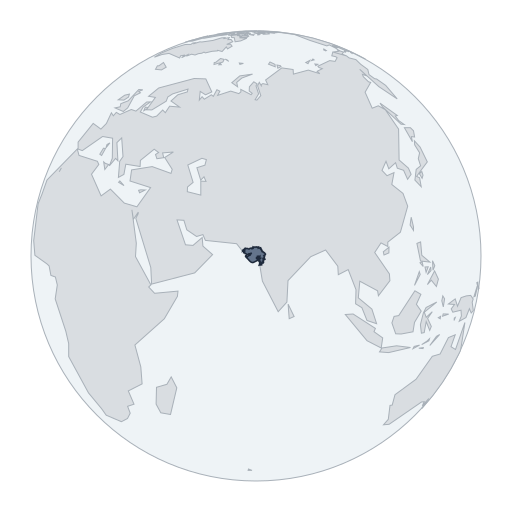 Gujarat on an orthographic globe
{"feature_id": "IND-3264", "entity_name": "Gujarat", "entity_type": "state/province", "adm_level": 1, "iso_a3": "IND", "parent_name": "India", "parent_adm1": "", "projection": "orthographic", "projection_center": [71.839, 22.391], "detail": "fine", "context": "on_globe", "style": "filled", "palette": "slate", "viewbox_px": 512, "rotation_deg": 0, "n_neighbors": 0, "source": "natural_earth", "source_scale": "10m", "svg_char_len": 15022}
<svg xmlns="http://www.w3.org/2000/svg" viewBox="0 0 512 512"><circle cx="256" cy="256" r="225" fill="#eef3f6" stroke="#a8b0b8"/><path d="M330.9,43.5L329.1,42.9L336.3,45.5L347.9,50.3L343.6,48.5L350.5,51.7L347.6,50.6L349.2,51.8L345.1,50.4L335.1,46.1L332.2,45.4L337.3,47.8L336.3,48.5L329.3,44.9L326.9,45.9L309.9,40.4L294.5,34.5L281.7,32.7L258.4,30.7L276.9,31.7L295.2,34.2L313.2,38.1L330.9,43.5ZM359.5,55.9L365.5,59.1L348.1,50.4L359.5,55.9ZM256.9,30.7L256.0,30.8L246.0,30.9L241.0,31.3L237.9,31.5L236.6,31.7L240.5,31.5L241.2,31.7L238.6,32.1L234.1,32.2L234.8,32.0L232.1,32.3L231.0,32.2L230.1,32.5L225.0,32.9L226.2,33.2L218.9,34.1L216.5,34.3L221.9,33.3L222.5,33.2L239.6,31.3L256.9,30.7ZM350.2,52.2L352.3,53.2L352.2,53.5L350.2,52.2ZM345.8,51.8L345.1,52.3L344.1,50.9L345.8,51.8ZM343.6,52.1L342.0,54.0L346.5,55.9L332.8,52.0L338.7,51.3L336.8,49.2L340.4,51.1L343.6,52.1ZM242.8,31.4L238.6,31.5L244.5,31.2L242.8,31.4ZM246.4,31.1L263.4,30.9L268.3,31.3L261.6,31.1L269.9,31.8L263.9,32.0L258.0,31.7L256.0,31.3L255.3,31.8L246.4,31.1ZM325.5,49.8L323.7,49.9L323.7,49.0L325.5,49.8ZM241.9,31.8L244.9,31.5L249.4,31.8L244.2,32.4L244.4,32.1L241.9,31.8ZM275.0,32.0L277.4,32.6L273.2,32.9L273.6,33.2L264.2,32.1L275.0,32.0ZM242.1,32.3L241.5,32.8L237.0,33.2L239.3,32.2L242.1,32.3ZM252.8,31.7L254.6,31.9L251.9,31.9L252.8,31.7ZM220.8,35.5L224.3,34.7L227.0,34.7L220.8,35.5ZM241.5,33.1L243.1,33.0L244.5,33.0L243.1,33.5L241.5,33.1ZM261.9,32.6L259.7,32.7L265.5,33.0L262.6,33.6L256.9,32.8L258.2,33.4L257.3,33.6L253.6,32.9L261.9,32.6ZM246.1,34.2L237.8,34.1L230.7,35.3L228.2,35.2L240.0,33.4L246.1,34.2ZM250.8,33.4L247.3,33.8L245.9,33.3L247.5,32.8L250.8,33.4ZM262.7,34.3L268.7,33.6L269.7,33.9L262.7,34.3ZM244.3,34.6L246.4,34.7L244.0,34.7L244.3,34.6ZM257.4,34.4L259.3,34.1L260.5,34.3L257.4,34.4ZM248.8,35.3L246.1,35.1L247.1,34.6L248.8,35.3ZM253.0,35.0L254.1,35.4L249.0,34.5L253.6,34.7L253.0,35.0ZM258.1,34.7L259.5,34.8L257.2,34.9L258.1,34.7ZM246.7,37.6L240.2,36.6L242.3,35.4L248.4,36.4L246.7,37.6ZM33.7,240.7L38.1,203.8L42.0,194.1L47.0,180.0L77.3,149.0L79.0,155.4L97.4,161.3L98.8,164.5L91.5,174.2L101.1,195.9L110.4,189.1L124.3,203.1L136.9,206.8L150.6,187.6L130.0,181.0L131.6,169.9L152.2,166.6L171.0,173.4L172.2,169.3L164.7,157.5L173.4,152.0L162.6,152.9L163.7,157.7L156.9,158.7L155.5,154.5L158.6,152.5L154.2,149.2L140.4,160.4L140.1,166.5L125.8,164.2L123.9,174.4L118.4,177.4L119.7,161.3L123.0,156.6L121.7,137.9L116.9,142.6L117.9,160.8L115.6,158.4L109.3,165.9L112.3,158.3L112.6,138.2L102.6,136.5L82.3,150.6L78.1,149.1L78.1,142.1L93.2,123.4L100.9,129.1L106.4,123.5L111.4,112.8L113.3,115.8L116.3,112.4L119.9,114.5L131.3,109.5L135.9,111.1L146.7,102.0L150.5,101.9L143.1,107.1L140.3,112.0L152.5,117.2L156.7,116.1L162.7,110.0L165.3,112.7L169.6,106.2L179.6,107.1L171.0,101.0L177.8,94.8L187.3,91.9L188.0,89.1L172.6,93.9L167.8,97.0L166.2,101.2L151.9,109.9L146.4,109.8L155.4,97.4L148.6,96.3L158.7,88.0L194.2,78.5L205.8,78.9L211.8,91.9L205.5,94.8L200.2,91.4L199.3,100.1L202.1,96.7L204.3,99.2L211.4,94.8L213.3,96.4L216.9,89.7L219.9,91.2L217.6,95.4L230.7,91.1L238.8,93.6L240.9,91.9L240.8,89.4L251.1,94.7L252.2,93.3L249.2,91.0L249.4,86.8L253.8,81.8L257.1,83.9L256.0,85.9L258.6,93.9L255.1,99.7L256.9,100.1L260.8,95.6L257.6,85.8L259.3,82.3L261.7,86.5L261.0,84.7L262.9,83.6L267.8,84.7L265.6,80.0L281.8,67.9L293.1,69.5L293.4,74.1L308.3,70.1L319.8,73.7L317.1,71.3L322.3,68.7L318.8,67.4L317.9,66.2L329.7,60.6L335.1,61.4L337.1,57.7L335.7,56.7L331.8,55.8L332.8,52.0L346.5,55.9L349.1,57.9L355.9,59.6L360.7,64.3L367.8,69.5L369.0,74.6L374.6,78.7L376.6,79.0L385.7,85.4L397.2,98.9L378.8,86.6L359.7,69.3L366.7,75.9L362.4,74.3L363.3,76.7L368.5,81.8L370.7,82.4L365.1,92.2L372.2,108.2L378.3,105.8L385.3,109.7L398.6,129.1L399.1,160.0L408.4,168.1L411.1,174.3L407.6,179.3L403.6,170.3L397.3,168.2L395.6,162.7L388.8,168.8L386.0,161.3L382.0,170.4L387.0,175.7L394.0,172.6L391.8,184.5L403.0,193.4L407.7,206.2L400.4,232.2L387.8,242.1L387.8,246.5L381.0,242.9L374.7,252.5L389.4,273.9L389.9,280.7L378.4,295.8L377.6,290.8L359.8,281.2L358.3,297.8L371.9,309.1L376.6,323.7L367.0,320.5L361.9,307.7L355.6,303.8L356.0,289.7L348.2,269.6L338.3,274.7L337.8,266.2L325.6,250.0L310.7,256.7L288.0,280.6L286.9,302.1L278.2,311.7L262.4,281.1L258.9,260.1L251.0,261.9L236.6,243.7L205.4,240.4L202.9,234.6L196.6,236.5L186.8,229.8L183.9,220.3L177.0,219.9L185.5,244.8L193.0,245.4L202.2,237.5L202.9,246.1L212.6,254.6L194.7,272.9L151.6,284.1L150.8,267.6L135.8,218.3L138.2,213.7L138.2,213.1L138.3,212.1L133.4,219.3L131.9,209.8L136.3,243.2L135.5,256.6L150.9,284.9L148.7,287.0L154.6,293.3L178.0,291.1L177.4,296.4L164.3,318.8L134.9,345.0L140.8,366.9L142.1,383.9L128.3,390.9L134.0,404.2L127.6,406.3L130.2,413.2L127.5,418.5L121.4,421.7L106.2,415.2L101.6,408.7L88.5,392.9L68.7,356.6L68.7,343.7L65.8,331.2L55.2,298.9L57.3,285.0L55.4,277.0L50.9,275.4L49.1,265.9L46.7,263.7L34.9,255.3L33.7,240.7ZM61.4,167.9L59.2,171.8L61.4,167.9ZM187.3,191.7L200.8,195.1L200.8,181.1L206.0,181.4L204.0,176.8L200.7,180.1L196.9,167.7L204.9,165.2L206.4,159.6L201.9,158.3L187.8,165.0L193.1,182.4L187.5,187.0L187.3,191.7ZM129.4,94.1L128.5,97.1L123.9,100.1L118.2,99.8L124.7,95.2L129.4,94.1ZM128.2,100.8L138.8,89.5L142.8,89.8L138.8,91.4L140.4,92.8L134.3,95.8L127.7,107.9L123.3,111.5L115.0,107.9L120.2,106.8L120.8,103.7L128.2,100.8ZM158.9,65.8L163.5,62.5L166.2,67.2L161.5,69.9L155.5,69.3L157.4,65.8L158.9,65.8ZM209.0,36.0L210.6,35.6L211.9,35.4L211.5,35.6L209.0,36.0ZM208.0,35.9L203.4,37.0L205.5,36.9L207.9,36.5L218.7,34.6L230.8,32.6L234.8,32.7L234.4,33.4L232.1,33.8L230.2,33.5L228.5,34.4L224.1,34.4L222.3,35.1L203.3,38.4L204.2,37.8L192.0,41.2L189.6,41.2L197.5,38.9L186.6,41.9L192.8,39.8L185.1,42.2L203.1,37.0L207.8,35.9L208.0,35.9ZM227.5,48.9L226.3,46.9L222.1,51.5L217.6,50.3L217.4,50.9L212.1,51.3L205.3,52.9L204.0,52.1L201.9,53.2L198.3,53.7L195.0,55.0L191.6,54.2L187.3,55.8L188.1,54.5L181.6,57.7L184.9,55.0L180.6,55.8L179.6,58.0L169.0,53.4L162.0,54.5L154.4,57.2L161.1,53.1L172.5,48.4L185.2,44.5L190.9,44.4L192.9,43.0L196.3,42.6L193.3,43.9L199.9,41.8L201.8,42.0L213.1,40.4L221.4,37.9L225.7,37.6L223.4,38.7L229.3,37.6L228.0,39.6L231.1,39.5L232.8,41.7L226.7,44.4L230.6,44.2L232.1,46.2L227.5,48.9ZM246.9,38.2L240.7,40.9L235.1,41.8L234.3,37.7L231.7,37.5L231.1,35.6L239.1,34.5L238.6,35.0L239.9,35.4L236.9,35.6L240.3,35.7L239.7,36.7L242.2,37.2L239.5,37.8L246.9,38.2ZM103.7,161.9L105.4,163.4L108.7,164.5L104.8,169.5L103.7,161.9ZM103.5,148.2L105.5,148.5L101.6,155.5L99.8,154.2L103.5,148.2ZM109.9,142.9L105.9,147.9L107.0,144.5L109.9,142.9ZM145.3,107.2L147.8,107.4L146.8,109.0L143.8,110.7L145.3,107.2ZM214.0,64.5L214.2,62.6L215.8,62.3L220.5,58.5L224.2,59.4L222.8,62.1L214.0,64.5ZM145.2,190.0L139.6,192.8L138.6,190.3L140.7,189.8L145.2,190.0ZM119.8,180.9L124.0,185.6L118.6,182.3L119.8,180.9ZM218.8,64.8L220.3,63.1L221.3,64.7L218.8,64.8ZM227.1,59.9L228.8,61.4L225.2,59.1L227.1,59.9ZM248.5,469.0L252.0,470.4L248.1,470.4L248.5,469.0ZM176.8,387.8L170.5,414.5L160.8,412.8L156.1,404.1L156.5,387.3L166.9,384.3L171.2,376.9L176.8,387.8ZM418.8,348.2L423.3,347.6L423.0,348.6L418.8,348.2ZM414.2,346.4L419.6,345.1L413.0,348.7L414.2,346.4ZM421.7,344.6L427.1,341.0L429.5,338.7L428.9,340.8L421.7,344.6ZM410.5,347.5L388.6,352.6L379.5,351.9L382.0,348.0L396.6,345.8L410.5,347.5ZM381.2,348.0L367.0,340.7L345.3,314.5L353.1,314.0L375.4,328.4L374.0,331.7L382.7,337.9L381.2,348.0ZM414.5,322.4L413.0,331.8L401.2,334.0L395.7,333.8L391.9,322.9L394.1,316.4L398.7,315.6L414.9,290.8L420.9,294.3L416.4,304.3L421.2,311.1L414.5,322.4ZM288.1,304.1L294.1,316.5L289.2,318.7L288.1,304.1ZM420.2,274.5L414.5,285.4L419.3,271.6L420.2,274.5ZM422.2,262.0L423.2,266.5L420.0,262.8L422.2,262.0ZM388.9,252.9L384.0,255.0L383.3,251.8L389.0,247.2L388.9,252.9ZM411.2,217.2L413.5,226.9L413.5,230.4L410.1,225.1L411.2,217.2ZM252.6,74.1L241.9,78.0L236.7,82.4L237.6,86.8L231.8,82.7L239.8,75.9L252.6,74.1ZM277.8,68.2L277.0,65.0L280.4,65.7L281.0,66.6L277.8,68.2ZM275.2,66.8L268.5,64.2L270.0,62.0L275.0,64.4L275.2,66.8ZM243.4,63.4L239.9,64.4L239.3,63.0L243.4,63.4ZM422.4,407.9L421.5,408.7L426.3,402.0L422.7,405.9L428.8,398.5L422.3,405.8L424.2,401.7L421.5,402.0L389.1,424.3L383.5,424.8L388.3,419.3L390.0,405.4L392.2,405.1L395.0,394.7L416.1,379.2L432.3,356.3L440.1,354.0L448.4,337.6L455.2,334.8L451.0,346.7L455.5,349.5L464.9,322.5L461.4,345.3L460.4,350.7L458.7,354.2L451.1,368.6L442.5,382.4L432.9,395.5L422.4,407.9ZM429.8,345.5L436.5,336.3L439.7,334.5L429.8,345.5ZM478.9,288.7L478.9,288.3L479.0,287.7L479.0,288.2L478.9,288.7ZM478.8,289.0L478.7,288.5L478.8,287.8L478.8,289.0ZM472.2,302.2L473.3,310.6L471.2,313.0L469.4,308.7L465.9,317.6L459.2,321.3L461.4,316.0L461.0,310.2L452.8,312.2L451.2,308.9L454.5,304.5L448.4,304.0L455.2,298.9L457.5,306.3L461.1,297.6L466.3,295.9L470.7,295.4L473.2,299.0L472.2,302.2ZM454.3,318.0L455.3,317.4L454.1,320.5L454.3,318.0ZM478.5,285.6L478.7,288.4L478.5,289.6L478.3,289.6L478.5,285.6ZM473.9,296.8L477.1,286.4L477.6,285.8L475.3,296.1L473.9,296.8ZM476.8,282.6L477.8,282.1L478.0,285.3L477.7,286.7L476.8,282.6ZM440.6,316.3L440.2,318.8L438.3,317.7L440.6,316.3ZM443.2,313.9L448.7,314.1L442.6,316.2L443.2,313.9ZM424.3,312.2L426.2,317.3L432.3,311.7L427.6,318.4L431.3,326.4L429.7,330.4L426.2,321.6L424.2,332.6L421.4,333.2L420.4,324.7L423.4,312.9L426.1,307.5L436.8,302.0L424.3,312.2ZM443.3,306.9L441.8,300.8L442.8,295.9L444.6,298.8L443.3,306.9ZM436.4,286.5L431.3,280.2L427.4,284.6L434.6,270.9L438.4,279.1L436.4,286.5ZM431.0,270.6L427.4,274.6L430.7,267.0L431.0,270.6ZM426.1,272.3L425.0,267.0L428.2,266.8L426.1,272.3ZM433.0,270.2L432.5,260.7L434.8,265.7L433.0,270.2ZM421.8,255.3L429.9,262.1L420.5,261.0L416.9,243.4L420.6,241.9L421.8,255.3ZM422.1,178.3L419.4,173.7L421.8,171.5L423.0,175.2L422.1,178.3ZM427.3,161.9L421.6,169.5L416.6,176.4L419.6,177.8L421.2,186.7L414.9,180.1L416.2,169.4L420.6,165.8L418.3,158.7L419.6,152.8L414.7,144.9L414.4,140.8L420.1,147.1L427.3,161.9ZM412.4,141.7L404.4,127.7L410.4,127.7L413.5,130.8L414.6,137.0L411.4,136.6L412.4,141.7ZM404.2,124.5L401.0,124.2L382.4,106.7L380.0,103.1L397.3,115.5L395.2,116.0L398.7,120.6L404.2,124.5ZM325.8,50.9L323.9,50.0L326.3,50.5L325.8,50.9ZM315.8,65.6L314.9,64.0L317.8,64.3L315.8,65.6ZM314.1,59.9L311.5,60.6L312.9,59.0L314.1,59.9ZM305.8,62.5L309.8,60.4L308.0,63.7L305.8,62.5Z" fill="#d9dde1" stroke="#a8b0b8" stroke-width="1"/><path d="M253.0,248.3L253.3,248.0L252.9,247.8L252.9,247.6L252.8,247.4L252.9,247.1L253.2,247.0L253.2,246.9L253.8,247.2L254.2,247.1L254.4,247.1L254.6,247.0L255.0,247.0L255.3,247.1L255.7,247.0L255.8,247.1L256.1,247.0L256.3,247.1L256.5,246.9L256.8,246.9L256.9,247.1L257.2,247.2L257.7,247.1L257.5,247.3L257.6,247.5L257.8,247.5L258.1,247.6L258.2,248.0L258.3,247.9L258.4,247.7L258.5,247.7L259.0,247.9L259.1,248.1L259.8,248.2L260.0,248.1L260.1,247.7L260.5,247.7L260.5,248.1L260.8,248.2L260.8,248.3L260.6,248.3L260.5,248.5L260.4,248.8L260.5,249.0L260.8,249.3L261.1,249.6L261.3,249.5L261.4,249.2L261.6,249.5L261.7,249.9L261.5,250.0L261.5,250.5L261.8,250.7L262.0,250.8L262.0,251.2L262.4,251.2L262.4,251.8L262.6,251.8L262.8,251.9L263.1,251.8L263.4,252.2L263.5,252.2L264.1,252.5L264.2,252.9L264.3,252.9L264.6,252.9L264.9,253.3L265.1,253.6L265.1,254.0L265.3,254.0L265.5,254.1L265.5,254.3L265.1,255.0L264.8,255.1L264.4,255.5L264.1,255.4L264.0,255.5L263.9,255.6L264.2,255.8L264.6,255.8L264.6,256.2L264.4,256.2L264.2,256.1L264.1,256.7L264.4,257.2L264.3,257.7L264.1,257.7L263.7,258.0L263.2,258.1L263.1,258.3L263.2,258.5L263.3,258.7L263.2,258.9L263.0,259.0L263.2,259.4L263.9,259.2L264.3,259.2L264.6,259.3L264.9,259.1L265.0,259.3L264.8,259.5L264.3,259.6L264.1,259.6L263.8,259.9L263.6,260.3L263.3,260.4L263.2,260.3L263.1,260.6L262.8,260.8L262.6,260.8L262.3,260.7L262.6,261.0L262.8,261.0L263.4,261.5L263.6,261.9L263.6,262.3L263.3,262.7L263.2,263.0L262.8,263.1L262.6,263.1L262.4,262.9L262.0,262.7L261.9,262.5L261.6,262.8L261.8,262.9L261.8,263.0L262.0,263.3L261.6,263.9L261.7,264.0L261.7,264.3L261.7,264.7L261.3,264.6L261.2,264.9L260.9,264.9L260.9,264.7L260.7,264.7L260.6,264.8L260.4,264.5L260.7,264.4L260.6,264.2L260.3,264.2L260.1,264.2L260.1,264.4L259.9,264.4L259.9,264.5L260.1,264.7L260.1,264.9L259.8,265.0L259.5,265.0L259.2,265.1L259.4,264.5L259.4,264.3L259.5,264.0L259.6,263.9L259.8,263.8L259.8,263.7L259.7,263.5L259.9,263.3L259.8,263.0L259.9,262.6L260.1,262.4L260.0,262.2L259.9,262.2L259.7,262.1L259.8,261.9L259.7,261.7L259.8,261.6L259.6,261.6L259.4,261.4L259.6,261.3L259.6,260.9L259.4,261.0L259.2,261.2L259.3,260.9L259.2,260.8L259.1,261.1L258.9,261.1L258.9,260.9L259.3,260.7L259.0,260.5L259.0,260.4L258.9,260.5L258.7,260.1L259.0,260.0L258.7,260.0L258.7,259.9L258.9,259.9L259.3,259.6L258.7,259.8L258.9,259.5L259.4,259.2L259.6,258.9L259.8,258.9L260.7,258.5L260.7,258.4L260.0,258.8L259.7,258.7L259.5,258.8L258.8,258.8L258.6,258.8L258.5,258.7L258.7,258.1L258.8,257.8L259.1,257.8L259.3,257.5L259.2,257.5L258.9,257.7L258.6,257.9L258.4,257.6L258.5,257.0L258.7,256.8L258.9,256.7L259.3,256.9L259.5,256.6L259.9,256.7L259.9,256.4L259.8,256.5L259.6,256.4L259.3,256.6L258.7,256.4L258.3,256.6L258.0,256.5L258.0,256.3L258.1,256.2L257.9,256.2L257.8,256.5L257.6,256.5L257.5,256.4L257.3,256.4L257.3,256.5L257.1,256.4L257.3,256.5L257.5,256.4L257.5,256.6L257.7,257.2L257.5,257.5L257.4,257.5L257.2,257.6L256.9,257.5L257.1,257.6L256.9,257.6L257.0,257.8L256.8,257.7L256.7,257.8L257.0,257.9L257.2,258.0L256.8,257.9L256.8,258.0L257.0,258.2L256.6,258.1L256.6,258.3L257.2,258.3L257.4,258.7L257.6,258.7L257.7,259.0L257.4,259.7L257.0,260.2L257.0,260.3L256.9,260.5L257.0,260.7L256.6,260.9L256.3,261.0L255.7,261.3L255.1,261.6L254.9,261.7L255.0,261.5L254.9,261.6L254.6,261.9L254.1,262.1L253.4,262.4L253.1,262.5L252.8,262.5L252.3,262.6L252.1,262.5L251.2,262.2L250.5,261.7L249.5,260.8L248.7,259.9L248.6,259.6L248.4,259.5L247.9,259.0L247.7,258.8L247.4,258.4L247.2,258.3L247.1,258.2L247.1,257.9L247.0,258.0L246.9,258.0L246.4,257.5L245.6,256.6L245.5,256.3L245.6,255.8L246.0,255.5L245.9,255.7L245.9,255.9L246.2,255.9L246.3,255.8L246.3,256.2L246.4,256.4L246.7,256.3L247.0,256.2L247.4,256.1L247.6,255.9L247.6,255.7L247.7,256.0L247.9,256.1L248.1,255.9L248.4,255.6L248.6,255.8L248.7,255.7L248.9,255.6L249.2,255.4L250.0,255.3L250.5,254.4L250.7,254.0L251.0,253.7L251.3,253.4L251.2,253.2L250.8,253.3L250.8,253.5L250.8,253.8L250.4,253.8L250.2,253.6L249.9,253.8L249.8,253.7L249.7,253.7L249.8,253.8L248.7,254.1L248.3,254.5L247.8,254.5L246.9,254.2L246.4,254.1L245.9,253.7L245.2,253.4L244.5,252.9L244.3,252.6L244.4,252.4L244.1,252.5L244.1,252.4L244.2,252.2L244.3,252.2L244.2,252.0L244.0,251.9L243.9,251.9L243.8,251.7L243.7,251.8L243.7,251.7L243.9,251.4L243.7,251.3L243.8,251.5L243.6,251.5L243.7,251.0L243.9,251.0L243.9,250.9L244.1,250.8L244.3,250.6L244.5,250.5L244.6,250.3L244.8,250.3L245.2,250.0L244.8,250.2L244.5,250.2L244.3,250.4L243.7,250.7L243.4,251.0L242.8,251.1L242.7,251.0L242.9,250.9L243.0,250.9L242.9,250.7L242.9,250.4L242.8,250.5L242.9,250.1L243.0,250.0L243.1,249.9L243.3,249.9L243.4,249.7L243.5,249.8L243.8,249.7L244.8,249.7L244.8,248.4L245.1,248.3L245.2,248.6L245.5,248.3L245.8,248.6L246.1,248.4L246.4,248.6L246.8,248.5L247.8,248.5L248.2,248.9L248.6,249.0L249.5,248.9L249.8,248.4L250.3,248.3L250.5,248.2L250.9,248.1L251.3,248.0L251.5,248.1L251.4,248.2L251.4,248.5L251.6,248.7L252.2,248.7L252.5,248.6L252.4,248.5L252.7,248.2L253.0,248.3Z" fill="#64748b" stroke="#1e293b" stroke-width="1.5"/></svg>